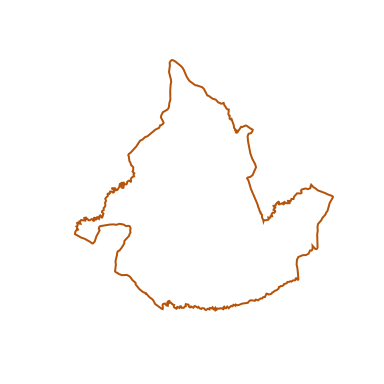 Thaba-Tseka, Thaba-Tseka, Lesotho (Equal Earth projection), rotated 153°
{"feature_id": "5366337B12676471094494", "entity_name": "Thaba-Tseka", "entity_type": "district", "adm_level": 2, "iso_a3": "LSO", "parent_name": "Lesotho", "parent_adm1": "Thaba-Tseka", "projection": "equal_earth", "projection_center": [28.592, -29.521], "detail": "fine", "context": "isolated", "style": "outline", "palette": "amber", "viewbox_px": 384, "rotation_deg": 153, "n_neighbors": 0, "source": "geoboundaries", "source_scale": "gbopen_adm2", "svg_char_len": 6009}
<svg xmlns="http://www.w3.org/2000/svg" viewBox="0 0 384 384"><g transform="rotate(153 192 192)"><path d="M315.4,207.7L311.4,201.6L309.0,199.2L305.5,194.0L304.4,191.7L303.6,191.1L301.1,192.1L297.3,195.9L291.8,199.7L291.7,201.6L290.7,202.8L289.5,203.3L280.0,200.3L276.5,198.7L274.5,197.2L271.0,196.5L268.0,194.3L266.2,191.6L264.0,190.7L263.2,190.0L263.0,188.5L263.5,186.9L264.4,186.1L265.3,183.7L266.3,183.2L268.2,181.4L274.4,179.1L275.9,176.8L280.0,174.3L283.3,172.7L284.4,173.0L286.1,172.0L287.5,169.9L291.6,165.0L292.8,161.9L296.6,156.2L296.4,155.4L295.8,154.3L295.2,154.0L294.6,152.4L292.3,149.8L287.6,147.6L286.1,145.4L285.5,143.8L285.1,140.6L283.5,136.6L284.2,135.2L282.9,129.1L281.2,125.3L279.7,123.5L279.4,122.2L278.9,122.4L277.7,117.7L276.1,114.5L275.7,112.9L275.7,109.0L271.9,101.5L271.3,101.0L270.6,101.9L269.5,104.7L268.7,105.3L266.8,104.9L266.2,102.5L265.2,101.6L264.4,102.8L264.5,104.2L264.3,104.6L263.2,105.3L261.8,105.4L261.5,104.7L261.7,104.3L262.8,103.6L260.9,102.8L260.5,101.0L259.2,99.5L260.0,98.9L260.3,97.4L258.9,95.1L258.2,95.3L257.9,96.0L257.2,96.3L255.8,94.4L254.7,95.5L254.0,95.4L253.7,94.9L253.8,93.5L252.0,92.6L249.9,93.3L249.4,93.1L248.9,94.4L248.4,94.9L246.3,93.2L246.7,91.3L246.4,90.3L245.2,89.8L244.8,90.3L243.3,88.3L241.5,89.2L241.0,88.9L239.5,86.5L238.4,86.7L238.1,85.1L236.9,83.6L236.2,83.9L235.3,83.7L234.1,82.9L233.6,81.0L233.1,80.5L231.0,80.8L229.8,79.5L229.2,80.5L228.6,80.5L227.6,79.5L226.0,80.0L225.8,78.9L226.2,77.8L225.8,77.4L224.1,78.1L224.8,75.9L223.5,75.9L222.5,76.9L221.0,75.7L219.7,75.6L218.4,74.8L217.3,73.3L216.9,73.5L216.5,74.8L215.4,75.2L214.9,73.3L214.5,73.0L212.7,73.9L212.1,71.8L210.4,72.5L209.8,72.3L208.7,72.7L207.8,71.8L206.3,72.7L205.1,71.1L204.8,71.7L204.1,71.9L203.3,70.8L202.0,70.1L198.1,69.8L192.5,67.9L191.3,68.6L189.1,69.0L185.9,67.0L185.5,66.5L184.1,67.2L183.6,66.9L182.4,65.5L179.3,66.0L177.7,65.3L176.3,66.0L174.7,65.3L171.8,67.6L170.7,66.7L170.5,66.0L168.4,65.3L167.1,65.4L166.2,66.0L164.9,65.9L163.2,66.4L161.6,66.1L158.8,66.5L157.6,67.9L156.9,67.6L155.7,67.9L153.9,67.2L152.4,67.6L152.0,68.2L149.2,67.7L147.8,68.5L146.1,67.8L144.8,67.8L144.1,67.0L142.0,67.4L140.5,66.5L139.8,66.6L138.9,67.9L138.3,67.9L137.4,65.7L136.8,66.0L134.5,71.5L132.7,76.2L131.8,79.7L129.3,83.9L126.8,85.8L121.8,85.4L119.2,84.1L116.2,84.1L113.3,86.3L112.3,85.6L111.3,85.8L110.1,87.0L109.0,89.4L108.0,85.3L107.1,84.6L106.1,84.9L105.3,85.6L99.7,97.4L97.6,100.3L95.9,104.2L94.2,106.3L89.7,108.1L87.6,109.7L83.2,111.4L82.3,112.4L79.8,113.7L74.2,119.8L68.8,123.3L68.6,124.0L69.4,125.4L72.2,128.3L73.7,130.4L79.1,136.3L80.4,139.3L81.5,140.9L82.5,144.4L84.1,142.9L84.3,142.1L85.2,141.6L87.5,142.0L89.2,143.6L93.1,144.4L94.3,143.7L94.4,142.1L95.0,141.4L96.1,141.5L99.0,143.1L103.1,141.5L104.8,139.6L106.5,140.7L108.1,139.2L110.5,140.5L110.7,139.7L109.6,138.8L109.8,137.9L110.2,137.8L112.8,139.0L114.2,141.2L115.1,140.8L115.1,139.7L116.1,139.5L116.7,141.1L118.1,141.0L119.1,141.6L119.9,141.4L120.2,141.7L120.0,142.3L119.4,142.7L119.1,143.5L119.3,144.0L119.8,144.1L122.5,143.2L123.7,142.0L125.6,142.7L125.8,141.9L125.0,140.9L124.9,140.3L127.3,139.4L127.5,139.0L126.6,137.8L126.6,136.9L128.1,136.1L129.2,136.9L130.4,136.6L131.3,135.9L131.6,134.1L132.9,134.8L133.8,133.6L134.2,133.6L135.6,134.6L136.0,132.9L136.5,132.7L138.8,133.2L140.4,134.1L141.0,134.0L141.6,133.4L141.2,134.9L141.2,137.3L140.0,140.1L140.6,141.5L140.2,142.1L140.5,142.7L140.0,143.5L140.4,144.7L139.9,146.2L139.8,148.6L139.2,151.5L138.1,167.9L136.5,176.5L136.7,179.2L135.9,179.6L133.2,179.0L130.4,179.5L123.7,185.0L123.1,188.1L123.2,194.5L122.5,199.9L119.0,211.9L117.1,216.5L115.2,218.1L112.5,217.7L110.4,218.9L109.6,220.0L110.9,221.7L113.0,225.8L114.0,226.9L117.8,227.1L118.6,227.8L124.2,224.7L125.1,224.5L125.7,225.0L124.7,225.7L124.4,226.6L125.4,226.7L125.6,227.5L125.0,228.4L125.4,230.0L124.5,232.5L123.6,239.3L124.7,239.2L125.2,240.3L123.8,242.9L124.2,243.2L124.3,244.7L121.8,248.8L122.9,249.6L123.5,251.1L123.4,253.1L123.8,254.2L123.4,257.0L125.0,257.1L126.2,257.6L126.7,258.8L127.9,259.7L128.9,263.5L131.3,265.8L133.5,270.2L134.5,271.0L134.6,278.5L135.3,280.7L139.5,285.0L140.5,285.5L143.9,292.2L144.4,297.0L143.9,304.6L144.0,306.8L144.7,309.3L147.7,316.0L148.9,317.8L149.8,318.6L151.0,318.7L153.2,317.4L154.3,314.7L158.0,309.4L159.7,301.9L160.6,299.4L162.2,297.5L165.6,291.8L169.3,284.2L171.8,281.5L174.0,278.2L175.3,277.1L176.5,276.6L181.8,276.3L184.7,274.1L185.8,272.7L185.8,266.8L186.5,266.0L189.2,265.5L190.0,265.9L192.1,264.1L196.2,264.2L206.3,261.9L209.1,262.2L212.3,261.2L215.0,261.3L220.9,257.9L229.1,254.8L231.0,254.6L231.9,253.9L232.2,253.4L232.0,252.8L233.7,248.1L233.6,245.9L234.0,243.4L233.4,242.1L233.2,240.6L234.5,238.1L235.7,237.2L234.9,234.9L236.0,234.5L236.5,232.2L237.8,232.5L239.9,231.9L240.8,231.0L241.5,229.1L241.9,228.9L242.6,230.3L243.3,230.8L245.1,230.5L246.4,228.8L247.2,228.6L248.3,229.4L248.6,231.4L249.2,231.5L249.9,228.6L251.1,227.0L251.7,226.9L252.7,228.0L252.6,228.7L251.5,230.0L250.9,232.0L252.6,231.9L254.3,229.7L257.4,227.7L259.1,228.1L258.6,229.4L259.0,230.4L261.4,231.6L261.7,231.3L261.6,230.9L260.9,230.3L260.7,229.1L261.7,227.3L262.6,227.3L262.9,228.4L264.6,229.6L264.8,229.6L265.2,228.5L265.9,228.5L266.6,227.9L267.4,228.7L267.7,228.7L268.2,228.5L268.4,227.4L269.1,226.5L270.2,226.4L272.3,225.4L272.7,223.0L274.3,222.0L275.1,219.8L275.9,218.6L278.0,217.8L278.8,216.0L280.7,215.8L281.1,215.4L281.4,214.8L280.7,213.0L283.4,210.2L283.9,210.1L284.4,210.5L284.1,212.2L284.3,212.8L286.0,212.2L287.1,210.3L288.0,211.6L288.0,212.6L288.9,212.5L289.4,211.9L289.6,211.1L290.3,211.0L290.8,211.4L290.3,212.9L290.7,213.4L291.0,213.4L292.3,210.9L292.7,210.9L293.1,211.4L293.1,213.0L293.7,213.4L295.9,213.2L296.9,213.7L297.4,215.4L298.8,215.8L299.0,216.1L298.0,217.2L298.6,217.6L299.9,217.7L299.9,215.7L300.2,215.0L303.5,217.4L304.4,216.8L305.5,216.9L305.7,214.3L306.6,214.9L307.5,216.6L308.5,216.5L308.7,214.8L309.4,213.8L310.6,213.8L310.4,212.8L311.2,211.4L310.5,210.6L310.6,210.2L312.6,210.4L314.0,209.5L315.4,207.7Z" fill="none" stroke="#b45309" stroke-width="2"/></g></svg>